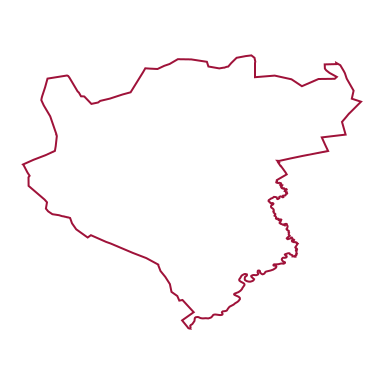 Vilpulkas pag., Rujienas, Latvia
{"feature_id": "27541924B31560097846351", "entity_name": "Vilpulkas pag.", "entity_type": "district", "adm_level": 2, "iso_a3": "LVA", "parent_name": "Latvia", "parent_adm1": "Rujienas", "projection": "equal_earth", "projection_center": [25.244, 57.94], "detail": "fine", "context": "isolated", "style": "outline", "palette": "rose", "viewbox_px": 384, "rotation_deg": 0, "n_neighbors": 0, "source": "geoboundaries", "source_scale": "gbopen_adm2", "svg_char_len": 5960}
<svg xmlns="http://www.w3.org/2000/svg" viewBox="0 0 384 384"><path d="M190.3,328.6L190.2,328.4L190.6,327.3L190.2,325.9L190.7,325.1L192.3,324.1L192.5,323.8L194.4,321.1L194.5,320.7L194.8,318.2L195.1,317.7L195.9,317.2L197.8,317.0L198.6,317.2L200.3,318.0L201.1,318.2L202.8,318.4L205.7,318.2L208.3,318.4L210.0,317.9L211.0,317.5L211.9,316.7L213.3,314.9L214.2,314.6L215.5,314.5L220.1,315.1L221.8,314.9L222.4,314.5L222.6,314.0L221.9,312.5L222.1,311.9L222.7,311.4L225.1,311.1L226.5,310.7L226.9,310.4L227.8,308.9L228.7,307.7L229.6,306.7L233.6,304.6L235.1,303.3L237.3,302.0L238.4,301.1L239.9,299.2L239.9,298.5L239.7,297.7L238.5,296.7L234.7,295.0L234.3,294.7L234.1,294.2L234.7,293.6L238.5,292.1L240.6,290.6L242.0,289.0L242.5,287.9L244.4,285.2L244.5,284.4L244.1,283.6L242.9,282.8L240.7,281.6L239.5,280.7L239.2,280.0L239.2,279.7L239.3,279.3L240.5,277.6L241.3,276.1L242.2,275.2L244.3,274.1L245.3,274.0L246.6,274.3L246.9,274.4L247.0,275.0L246.7,275.7L245.1,276.9L244.9,277.4L244.7,279.0L245.0,280.0L246.5,281.0L248.5,281.6L250.2,281.7L251.6,281.3L252.7,280.9L253.5,280.3L253.9,279.6L254.1,279.2L251.6,277.0L251.2,276.3L251.2,276.0L251.7,275.6L252.9,275.1L253.9,275.0L256.1,275.2L256.8,275.0L257.9,274.5L258.2,274.1L258.3,273.7L257.6,272.4L257.8,270.9L258.1,270.6L259.0,270.5L259.8,270.9L260.0,271.4L259.9,272.0L260.5,273.0L261.8,274.0L262.4,274.3L263.0,274.2L263.7,274.0L264.6,273.3L265.2,272.2L266.0,271.6L270.6,270.5L273.2,269.6L275.4,268.2L276.0,267.6L276.4,266.7L276.1,266.1L275.4,265.7L274.1,265.7L273.6,265.5L273.4,265.1L273.8,264.5L274.7,264.3L275.7,264.4L278.4,264.2L281.2,263.5L282.1,263.5L283.3,263.7L284.1,263.5L284.8,263.1L285.0,262.8L285.0,262.4L284.6,262.1L283.3,261.6L282.4,260.7L281.8,259.6L281.8,259.2L282.0,258.7L282.7,257.9L283.3,257.7L284.7,257.8L285.8,257.6L286.2,257.4L286.6,257.0L286.7,256.3L285.2,255.1L284.9,254.5L285.3,254.2L288.0,253.3L289.1,253.2L289.6,253.4L290.0,254.3L292.3,255.2L292.6,255.6L292.5,256.4L294.1,256.4L294.5,256.7L295.3,256.7L295.1,256.0L295.1,255.8L295.9,255.7L296.2,255.3L296.5,254.8L296.1,254.3L296.2,253.8L296.7,253.5L296.4,253.1L296.5,252.3L296.6,251.9L296.3,251.3L296.0,250.9L295.9,250.4L296.2,250.1L296.9,250.0L297.0,249.8L296.5,249.3L296.9,249.1L296.9,248.8L296.4,248.3L295.6,247.9L295.3,247.3L297.7,243.7L296.7,243.3L296.8,242.7L296.5,242.5L295.5,242.1L294.9,242.1L294.0,242.2L292.3,241.6L291.9,241.0L291.9,240.6L292.0,240.4L292.5,240.2L293.8,240.3L293.9,240.2L294.1,239.9L293.9,239.7L292.4,239.1L292.3,238.2L291.8,237.5L291.2,237.5L290.4,238.4L289.9,238.6L288.6,238.9L287.9,239.2L287.4,239.1L286.8,238.3L287.5,237.5L288.6,236.6L289.5,236.0L289.7,235.7L288.7,234.6L288.8,233.4L289.1,232.8L288.5,232.1L288.9,231.1L288.8,230.9L287.1,229.9L286.7,229.3L287.1,229.2L287.1,228.1L287.3,227.8L287.6,226.5L287.6,226.1L287.1,225.3L286.8,224.1L286.0,223.8L284.5,224.2L284.8,224.7L285.3,224.9L284.9,225.1L284.8,225.4L283.8,224.9L282.8,224.7L281.7,224.1L280.6,223.8L279.6,222.9L279.8,222.5L280.3,222.3L281.3,219.7L280.9,219.4L280.1,219.5L279.3,220.4L279.1,220.4L278.5,220.0L278.5,219.9L279.0,219.7L278.8,219.1L278.4,218.8L277.8,218.6L277.3,218.6L276.8,219.0L276.1,218.7L275.9,218.4L276.0,218.1L276.1,217.5L275.8,216.5L274.5,215.7L274.7,215.2L275.3,214.4L275.3,214.0L273.7,212.6L273.7,212.1L273.3,211.5L273.4,211.2L273.8,211.1L273.7,209.7L273.4,209.2L272.7,208.5L271.4,207.6L271.1,207.1L271.0,206.4L271.3,205.5L271.6,205.1L272.4,204.9L273.2,204.3L273.4,203.6L273.0,203.2L272.2,203.0L271.1,203.2L270.5,203.1L269.8,202.1L269.1,201.7L268.6,201.2L268.6,200.4L268.8,200.1L270.3,199.1L270.9,198.6L272.5,198.0L273.9,196.9L275.3,197.0L276.7,197.4L277.3,199.0L277.8,199.1L278.2,198.9L279.3,198.2L279.3,197.9L279.2,197.6L279.2,197.1L280.1,196.5L280.6,196.4L281.2,196.5L282.8,197.3L283.4,197.1L283.4,196.6L282.9,195.9L283.0,195.7L285.4,195.4L285.6,195.1L285.8,194.5L286.1,194.0L287.1,193.6L287.2,193.3L287.0,192.9L286.4,192.6L286.5,192.4L286.4,192.4L286.0,192.3L286.0,191.9L285.9,191.7L284.9,191.2L285.3,190.8L285.0,190.4L285.2,190.2L285.7,190.2L286.7,189.6L286.5,189.2L286.1,189.0L285.5,189.5L284.4,189.2L284.0,188.9L284.1,188.4L283.9,188.2L282.6,188.5L282.4,188.4L282.6,188.1L282.1,187.9L281.6,187.8L281.3,187.5L281.3,187.4L281.5,187.0L281.2,186.8L281.5,186.5L280.9,185.8L281.6,185.8L281.9,185.7L282.2,185.3L281.1,185.0L280.7,184.7L281.4,184.3L280.9,183.2L279.5,182.8L278.4,183.1L277.0,182.8L276.3,182.5L276.2,182.2L276.6,181.6L277.1,181.4L277.1,181.1L276.7,180.7L276.8,180.1L286.7,174.4L285.6,172.5L280.9,166.0L280.6,166.1L278.3,162.7L278.9,162.5L277.9,161.5L277.3,160.8L279.3,160.9L290.7,158.4L302.7,155.9L328.1,151.0L325.2,144.9L321.8,137.4L345.6,134.6L342.0,121.9L346.2,117.0L348.9,113.7L349.0,113.7L361.0,101.7L351.8,98.7L353.6,90.7L346.7,78.6L344.9,73.2L343.8,71.1L340.3,65.2L336.2,62.9L336.4,64.1L324.7,64.4L324.9,68.6L326.2,70.3L329.5,72.9L336.8,76.9L334.7,78.8L318.5,79.0L301.9,86.2L291.5,79.3L274.7,75.6L255.0,77.2L255.0,63.0L255.3,61.7L254.5,57.8L251.4,55.4L245.7,56.1L236.6,57.8L231.2,63.1L228.2,66.6L226.7,66.8L224.2,67.7L223.4,67.7L219.3,68.4L208.4,66.5L206.9,61.8L191.2,59.4L177.8,59.2L169.6,64.0L164.3,65.8L157.5,69.0L149.5,68.6L145.3,68.3L143.0,72.3L130.6,92.3L122.5,94.5L109.9,98.6L100.2,100.9L98.1,102.5L91.4,103.9L84.4,96.6L84.0,96.4L81.0,96.3L78.9,92.6L77.6,91.4L69.4,77.6L68.2,76.0L67.0,75.5L47.5,78.6L45.1,87.3L42.2,96.1L41.7,97.9L41.3,100.1L43.8,105.5L50.2,116.3L56.4,134.3L56.2,134.5L56.8,135.9L56.8,136.3L55.7,146.3L54.9,150.9L45.5,155.2L33.5,159.8L23.0,164.5L23.6,165.1L27.4,172.4L29.6,175.8L28.5,177.3L28.6,185.9L44.6,199.6L47.0,202.3L45.9,208.6L48.2,211.4L52.4,214.2L59.0,215.2L62.2,216.2L64.0,216.4L64.2,216.6L66.0,216.9L66.3,217.1L66.8,217.1L67.6,217.4L67.9,217.3L70.1,218.0L72.0,223.3L76.2,229.3L86.1,236.4L87.7,237.5L90.9,235.2L106.1,241.9L110.6,243.5L132.8,252.9L146.3,258.1L158.3,264.6L158.3,265.3L160.5,271.0L165.3,276.9L169.9,284.1L171.5,291.9L177.3,296.0L179.3,300.6L182.5,300.0L193.7,312.2L182.1,320.4L187.5,327.0L188.2,328.0L189.2,328.5L190.3,328.6Z" fill="none" stroke="#9f1239" stroke-width="2"/></svg>